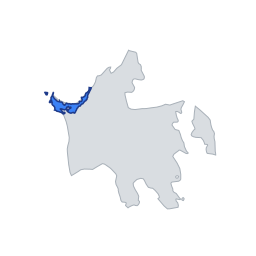 location of Baku City, Bakı, Azerbaijan, rotated 208°
{"feature_id": "54616110B61947743987915", "entity_name": "Baku City", "entity_type": "district", "adm_level": 2, "iso_a3": "AZE", "parent_name": "Azerbaijan", "parent_adm1": "Bakı", "projection": "equal_earth", "projection_center": [49.825, 40.136], "detail": "fine", "context": "in_parent", "style": "filled", "palette": "blue", "viewbox_px": 256, "rotation_deg": 208, "n_neighbors": 0, "source": "geoboundaries", "source_scale": "gbopen_adm2", "svg_char_len": 8409}
<svg xmlns="http://www.w3.org/2000/svg" viewBox="0 0 256 256"><g transform="rotate(208 128 128)"><path d="M164.0,197.0L163.1,196.9L156.8,198.5L155.4,198.0L150.0,190.8L148.9,190.0L146.6,189.7L145.2,188.5L144.1,186.6L143.5,185.2L137.9,181.3L137.1,179.9L137.0,178.6L137.8,177.5L138.8,176.6L141.5,175.6L144.7,174.8L145.7,174.2L146.3,173.1L146.2,171.5L145.7,169.9L141.2,166.9L140.7,165.6L140.5,164.1L140.8,162.5L141.5,161.2L145.3,159.5L147.3,157.7L146.1,155.7L142.1,151.1L137.3,146.1L134.1,146.1L130.4,147.6L124.5,151.8L121.2,153.6L117.0,156.7L112.3,160.0L108.4,163.6L106.0,166.6L101.8,167.9L99.6,170.3L92.4,177.8L90.5,177.7L90.4,174.0L90.5,171.1L90.1,169.4L87.9,167.1L87.8,166.1L88.5,165.5L90.2,165.8L92.5,165.7L93.6,164.8L91.2,161.8L89.1,159.7L87.3,158.4L86.9,157.5L86.9,157.0L87.3,156.3L90.4,154.6L90.8,153.1L90.6,151.3L85.7,148.8L82.0,149.7L78.7,146.9L76.7,144.7L74.0,142.4L71.7,141.1L69.5,138.1L65.6,135.1L63.1,134.2L63.2,133.8L63.6,133.2L64.7,132.8L71.7,132.9L72.6,132.3L73.0,131.0L74.0,129.1L75.2,126.3L75.1,123.9L68.2,120.1L63.2,116.5L59.7,111.9L57.4,107.6L57.5,106.2L58.3,104.8L63.8,100.9L64.2,99.9L64.1,99.2L62.2,97.2L59.8,95.2L59.0,93.7L57.5,92.9L54.6,92.8L49.5,90.3L48.5,90.1L48.2,89.6L48.5,89.1L52.2,88.0L52.1,87.2L51.1,86.1L49.0,85.3L47.2,83.3L46.6,81.5L53.3,76.2L55.2,75.1L59.5,76.1L68.4,79.6L67.7,81.5L68.6,82.6L70.7,84.1L74.6,85.6L77.9,86.4L79.6,85.7L82.2,85.2L85.5,86.9L88.5,89.1L90.0,90.0L90.8,90.3L93.2,89.5L96.0,86.7L97.2,83.3L97.5,81.6L95.9,79.3L92.6,76.9L88.9,74.7L86.5,72.8L85.0,69.0L83.5,68.6L83.1,68.1L82.8,66.8L82.9,65.1L83.5,63.7L85.0,63.1L86.6,62.9L88.0,61.5L89.8,59.0L90.5,57.5L93.8,58.4L94.2,60.7L94.8,61.2L96.1,60.9L98.4,59.9L100.2,60.7L102.5,63.4L105.6,66.3L107.3,68.3L108.0,69.6L109.6,70.9L112.0,72.5L113.9,74.9L115.5,80.5L117.2,81.8L123.4,83.9L125.5,84.4L131.6,85.1L133.8,84.6L136.9,79.7L139.8,74.8L142.4,73.7L147.2,71.3L150.1,69.0L151.3,66.6L154.0,62.0L155.6,59.4L158.4,61.7L163.2,67.9L170.1,78.1L171.8,81.0L172.9,84.4L173.8,88.4L175.4,92.0L182.4,101.1L185.5,104.5L190.4,108.8L192.2,109.8L194.5,110.1L198.8,110.1L202.7,111.8L204.7,113.0L206.7,114.7L208.5,116.7L210.3,122.1L203.5,120.3L196.6,120.6L192.7,121.7L188.9,123.3L185.3,125.5L183.0,129.8L181.1,139.8L178.3,149.2L178.4,153.5L179.6,157.7L179.4,159.7L178.1,160.5L176.5,162.3L174.4,170.9L173.3,172.7L171.9,173.7L171.5,172.7L171.6,170.5L168.6,168.4L167.0,170.7L165.9,175.5L163.6,180.5L163.5,181.4L164.0,197.0ZM62.8,108.5L63.1,107.2L62.3,106.6L61.4,106.5L60.6,107.2L60.5,108.9L61.6,109.2L62.8,108.5ZM39.3,147.5L38.3,146.1L37.9,145.3L41.0,144.7L46.1,142.8L47.4,143.7L48.9,145.6L49.6,147.2L49.6,150.2L50.2,150.7L52.7,149.7L53.8,150.9L55.7,152.4L58.9,153.8L63.7,151.6L66.1,151.0L68.0,151.0L69.1,151.7L69.4,154.1L69.0,156.9L68.4,158.5L69.4,159.7L73.2,162.4L74.8,164.0L74.0,166.7L76.8,173.2L77.7,175.7L78.8,178.9L72.8,177.7L62.2,175.0L59.2,173.6L56.5,170.0L54.9,168.2L52.5,166.0L50.5,165.1L49.0,163.6L48.2,161.2L46.9,159.1L44.8,156.7L40.0,148.3L39.3,147.5ZM47.0,92.0L46.3,92.5L45.3,92.0L45.0,91.0L45.1,89.9L46.2,89.7L47.0,90.0L47.2,90.9L47.0,92.0Z" fill="#d9dde1" stroke="#a8b0b8" stroke-width="1"/><path d="M177.7,133.8L177.7,134.0L177.8,134.3L177.9,134.7L178.1,135.1L178.1,135.3L178.1,135.5L178.0,136.1L178.3,136.6L178.5,137.0L178.7,137.4L178.8,137.7L179.1,138.1L179.0,138.8L179.0,139.2L179.0,139.3L179.0,139.8L179.0,140.3L179.0,140.8L179.0,141.4L179.1,142.2L179.1,143.0L179.1,144.0L179.1,144.5L179.1,144.9L179.2,145.4L179.3,145.7L179.3,146.2L179.4,146.3L179.8,146.1L180.1,145.9L180.4,145.8L180.7,145.7L181.0,145.6L181.3,145.5L181.0,145.0L180.9,144.7L180.7,144.2L180.5,143.9L180.3,143.3L180.3,142.9L180.2,142.6L180.2,142.2L180.2,141.8L180.3,141.3L180.4,141.0L180.6,140.7L180.6,140.2L180.9,140.0L180.9,139.6L181.2,139.4L181.5,139.1L181.5,138.7L181.5,138.3L181.3,137.5L181.0,137.0L181.0,136.3L181.1,135.8L181.3,135.3L181.5,134.9L181.9,134.3L182.2,134.0L182.5,133.7L183.2,133.5L183.5,133.2L183.2,132.6L182.5,132.1L181.9,131.9L181.7,131.1L181.5,130.7L181.5,130.4L181.6,130.0L181.5,129.8L181.6,129.5L181.8,129.3L182.2,129.1L182.4,129.0L182.7,129.0L183.0,128.9L183.4,128.7L183.2,128.1L183.0,127.7L182.9,127.2L182.9,126.7L183.1,126.3L183.4,126.0L183.7,125.8L184.0,125.6L184.4,125.4L184.8,125.1L185.1,125.0L185.5,124.8L186.0,124.5L186.6,124.2L186.9,123.9L187.4,123.7L187.6,123.6L187.8,123.5L188.0,123.4L188.4,123.3L188.6,123.1L188.8,122.9L189.0,122.7L189.3,122.3L189.6,122.1L189.9,122.1L190.2,122.1L190.5,122.1L190.8,122.0L191.0,121.9L191.2,121.7L191.5,121.6L191.7,121.4L192.0,121.3L192.3,121.2L192.5,121.1L192.8,121.0L193.1,121.0L193.6,121.1L193.8,121.1L194.0,120.9L194.1,120.7L194.2,120.2L194.3,119.7L194.5,119.6L194.7,119.4L194.5,119.0L194.4,118.7L194.5,118.4L194.9,118.4L195.1,118.3L195.3,118.3L195.5,118.3L196.1,118.5L196.3,118.5L196.5,118.6L196.7,118.8L196.9,118.9L197.1,119.1L197.3,119.3L197.6,119.4L197.7,119.6L197.8,119.7L198.1,119.6L198.4,119.6L198.6,119.6L198.9,119.7L199.0,119.7L199.4,119.5L199.5,119.4L200.0,119.2L200.3,119.1L200.5,119.0L200.8,119.0L201.0,119.0L201.2,119.3L201.2,119.2L201.3,119.1L201.5,119.1L201.6,119.3L201.6,119.2L201.7,118.9L201.8,118.7L202.0,118.6L202.5,118.5L203.0,118.5L203.3,118.5L203.5,118.6L203.9,118.7L204.1,118.8L204.4,118.8L204.5,118.9L204.7,119.0L204.8,119.0L205.0,119.0L205.4,119.1L205.7,119.1L206.1,119.3L206.5,119.4L206.8,119.5L207.5,119.8L207.8,120.0L208.3,120.2L208.7,120.5L209.1,120.7L209.3,120.9L209.5,121.1L209.7,121.4L209.9,121.7L210.0,122.1L210.0,122.6L210.0,122.9L210.1,123.2L210.2,123.4L210.3,123.7L210.3,124.0L210.6,124.1L210.6,123.8L210.6,123.5L210.4,123.4L210.3,123.2L210.3,122.9L210.3,122.7L210.3,122.4L210.4,122.2L210.3,121.9L210.2,121.6L210.0,121.1L210.0,120.7L210.2,120.3L210.2,119.8L210.2,119.4L210.3,118.9L210.1,118.4L209.8,118.0L209.7,117.6L209.5,117.2L209.3,116.9L209.0,116.5L208.6,116.4L208.2,116.2L207.8,115.8L207.7,115.4L207.2,115.1L206.7,114.6L206.6,114.1L206.5,113.6L206.1,113.3L205.7,113.0L205.2,112.8L204.7,112.8L204.0,112.6L203.5,112.5L203.1,112.2L202.6,112.0L202.3,111.8L202.1,111.3L201.8,110.9L201.6,110.6L201.3,110.3L201.1,110.0L201.0,109.8L201.2,109.4L200.6,109.4L199.7,109.7L199.0,109.6L198.7,109.4L197.8,109.7L197.1,109.9L196.2,110.1L194.7,110.3L194.2,110.4L193.8,110.4L193.4,110.5L193.1,110.4L192.8,110.3L192.6,110.2L192.3,110.1L192.1,110.1L191.8,110.2L191.5,110.2L191.2,110.2L190.9,110.2L191.0,110.2L191.1,110.4L190.9,110.7L190.8,110.9L190.8,111.2L190.7,111.6L190.9,111.9L191.1,112.0L191.3,112.0L191.5,112.0L191.6,111.9L191.9,111.8L192.2,111.5L192.6,111.4L193.1,111.4L193.4,111.5L193.8,111.7L194.1,111.8L194.4,112.0L194.7,112.3L194.9,112.5L195.4,112.5L195.9,112.6L196.3,112.6L196.6,112.9L196.7,113.1L196.3,113.5L195.9,113.6L195.6,113.7L195.1,113.8L194.6,113.9L194.0,114.0L193.6,114.0L193.0,114.0L192.7,114.1L192.4,114.3L192.4,114.6L192.0,115.2L191.6,115.2L191.2,115.2L190.9,115.1L190.6,115.1L190.3,114.9L189.9,114.9L189.7,114.7L189.5,114.3L189.2,114.3L188.8,114.1L188.4,114.1L187.4,114.0L187.2,114.0L186.9,114.0L186.5,114.1L186.2,114.1L185.7,114.2L185.3,114.3L184.9,114.8L184.7,115.0L184.5,115.3L184.0,115.7L183.9,115.9L183.6,116.1L183.2,116.1L182.8,115.9L182.5,115.9L182.2,116.1L182.0,116.3L182.0,116.7L182.0,117.1L181.9,117.6L182.1,118.4L182.0,118.9L182.0,119.4L182.0,120.1L182.1,120.5L182.2,121.0L182.1,121.7L181.8,122.4L181.9,123.0L181.7,123.9L181.6,124.2L181.3,124.5L181.0,124.6L180.6,124.9L180.5,125.0L180.4,125.5L180.4,126.0L180.4,126.7L180.2,127.2L179.9,127.6L179.5,127.9L179.2,128.4L179.2,128.7L179.2,128.9L179.1,129.4L179.0,129.8L179.0,130.4L178.8,130.8L178.7,131.2L178.6,131.7L178.2,132.1L178.0,132.4L178.0,132.9L178.1,133.4L177.9,133.6L177.7,133.8ZM189.9,115.9L190.2,116.1L190.5,116.0L191.1,116.0L191.4,116.1L191.5,116.6L191.6,116.8L191.8,117.2L191.8,117.7L191.5,117.9L191.3,117.9L191.2,118.1L191.0,118.6L190.9,119.0L190.7,119.1L190.5,118.9L190.1,118.7L189.8,118.5L189.5,118.5L189.3,118.8L189.0,119.1L188.7,119.4L188.2,119.5L187.9,119.0L188.0,118.4L188.3,118.1L188.6,117.7L188.8,117.4L189.0,117.0L189.1,116.5L189.1,116.2L189.1,115.8L189.3,115.9L189.6,115.9L189.9,115.9ZM216.3,121.2L216.9,121.0L217.9,120.6L218.1,120.4L217.7,120.1L217.1,119.7L216.4,119.3L216.1,119.0L215.6,119.0L215.3,119.1L215.0,119.5L215.2,119.9L215.4,120.1L215.7,120.2L215.5,120.3L215.3,120.7L215.3,120.8L215.5,121.3L215.9,121.4L216.3,121.2ZM209.3,115.7L209.6,115.7L209.6,115.1L209.6,114.8L209.6,114.3L209.4,113.8L209.0,113.7L208.7,113.9L208.4,114.1L208.3,114.3L208.5,114.6L208.9,115.3L209.1,115.7L209.3,115.7Z" fill="#3b82f6" stroke="#1e3a8a" stroke-width="1.5"/></g></svg>